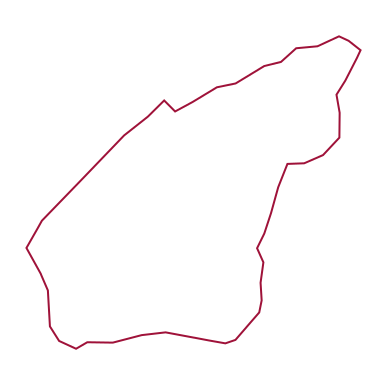 Richmond, New York, United States of America (Equal Earth projection), rotated 182°
{"feature_id": "52423323B38635571773884", "entity_name": "Richmond", "entity_type": "district", "adm_level": 2, "iso_a3": "USA", "parent_name": "United States of America", "parent_adm1": "New York", "projection": "equal_earth", "projection_center": [-74.171, 40.574], "detail": "fine", "context": "isolated", "style": "outline", "palette": "rose", "viewbox_px": 384, "rotation_deg": 182, "n_neighbors": 0, "source": "geoboundaries", "source_scale": "gbopen_adm2", "svg_char_len": 772}
<svg xmlns="http://www.w3.org/2000/svg" viewBox="0 0 384 384"><g transform="rotate(182 192 192)"><path d="M118.3,153.0L112.3,173.6L106.0,199.8L97.6,223.4L80.9,224.6L62.3,233.5L46.6,251.5L47.2,276.3L51.0,294.3L42.7,308.6L31.8,331.8L28.5,339.6L40.8,348.6L50.5,352.7L71.7,342.0L92.9,339.3L107.6,325.1L124.2,320.4L152.2,302.0L170.8,297.5L194.5,282.0L211.2,272.2L211.7,271.9L223.0,282.5L238.7,265.8L261.8,246.2L303.8,199.3L341.0,158.1L345.1,150.1L355.5,130.3L340.3,105.0L339.7,103.6L332.6,88.6L329.3,52.7L319.6,38.5L302.4,31.3L291.4,38.2L265.9,38.7L237.3,47.2L213.5,50.8L184.9,46.5L184.7,46.5L170.4,44.3L153.4,41.9L143.4,45.7L128.6,64.1L123.4,70.5L120.6,74.0L118.6,86.1L120.3,103.7L118.2,124.2L125.0,138.1L118.3,153.0Z" fill="none" stroke="#9f1239" stroke-width="2"/></g></svg>